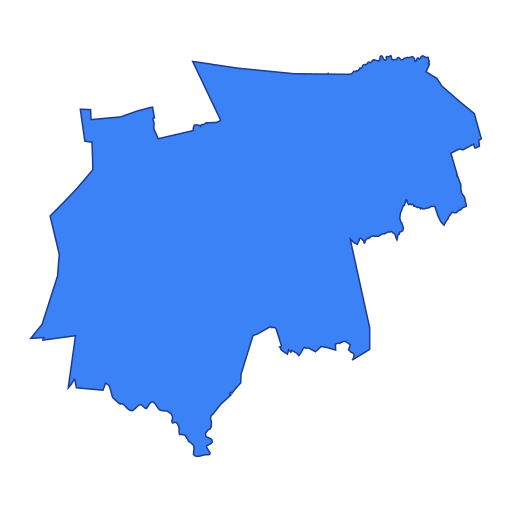 outline of Rayón, San Luis Potosí, Mexico
{"feature_id": "50627088B63046987106360", "entity_name": "Rayón", "entity_type": "district", "adm_level": 2, "iso_a3": "MEX", "parent_name": "Mexico", "parent_adm1": "San Luis Potosí", "projection": "natural_earth1", "projection_center": [-99.555, 21.802], "detail": "fine", "context": "isolated", "style": "filled", "palette": "blue", "viewbox_px": 512, "rotation_deg": 0, "n_neighbors": 0, "source": "geoboundaries", "source_scale": "gbopen_adm2", "svg_char_len": 5949}
<svg xmlns="http://www.w3.org/2000/svg" viewBox="0 0 512 512"><path d="M426.1,71.8L429.4,64.3L429.2,63.6L428.5,63.7L428.5,63.2L429.4,60.9L428.6,60.0L428.2,59.4L428.3,57.5L427.9,57.3L427.1,57.3L426.7,57.6L425.9,57.7L425.2,57.0L423.5,56.3L422.9,55.8L422.0,56.1L420.7,57.2L420.3,58.3L419.2,59.1L418.5,58.7L418.1,58.0L417.4,58.1L417.0,58.8L416.5,60.6L416.1,60.8L415.7,61.2L414.9,61.3L414.7,60.6L414.5,58.6L413.9,58.2L413.5,57.5L412.9,56.9L412.3,56.6L410.4,57.2L409.6,57.6L408.6,57.6L407.3,57.4L405.0,58.2L404.3,58.2L403.8,58.8L402.9,59.5L402.0,59.8L401.1,59.7L400.2,59.0L399.4,58.0L398.9,57.6L398.1,57.6L397.6,57.8L396.8,59.2L396.1,59.5L392.6,59.9L391.9,59.2L391.6,58.2L391.3,56.6L390.9,55.7L390.4,55.7L389.7,56.3L388.7,56.7L386.4,56.6L386.1,57.5L386.5,58.5L386.3,59.7L386.0,60.1L385.2,60.3L384.3,59.8L383.8,59.2L383.4,58.9L382.5,56.7L382.1,56.3L381.7,55.9L380.9,55.9L380.2,56.4L380.2,57.6L380.1,58.4L379.6,59.1L379.6,60.0L379.2,60.7L378.2,60.8L375.9,60.3L374.9,60.2L374.1,59.7L373.3,59.9L372.4,60.5L371.5,62.0L370.7,62.4L369.9,62.4L368.8,62.1L368.0,62.3L367.5,63.5L366.5,64.2L365.8,64.5L363.9,64.7L363.3,65.0L362.7,65.6L362.3,66.7L361.6,67.8L360.5,68.3L359.9,68.0L359.6,68.3L359.5,69.3L358.7,69.7L358.5,70.3L357.5,71.0L356.4,70.7L355.9,71.3L355.3,71.6L354.0,71.2L351.6,73.9L348.9,74.3L328.5,74.1L328.1,73.4L327.4,74.1L293.8,73.7L237.3,68.1L215.3,64.8L213.0,64.7L212.7,64.6L212.6,64.4L211.7,64.2L197.4,62.1L192.7,61.5L220.6,120.1L219.3,121.2L216.5,122.4L207.2,122.8L207.2,123.1L206.0,122.8L203.8,124.5L202.2,124.6L200.8,125.2L200.5,125.5L200.4,126.2L199.7,125.5L196.3,124.8L194.3,125.1L194.3,125.5L193.5,127.1L193.2,128.8L193.3,129.7L193.1,130.6L158.2,138.7L153.7,128.5L154.1,123.1L152.7,118.3L154.5,117.8L153.4,112.3L152.6,107.1L149.5,107.7L137.5,110.9L120.6,116.9L91.0,119.6L90.6,109.6L80.3,109.2L84.8,141.1L89.2,141.9L92.0,142.1L92.9,169.7L76.9,188.5L61.8,204.3L50.1,216.0L59.3,254.4L57.5,276.1L42.1,324.3L30.7,338.4L43.6,337.6L42.9,340.1L75.5,335.7L68.2,387.8L71.4,384.1L74.2,379.3L74.7,379.2L76.4,387.8L103.0,390.2L105.6,383.1L108.1,384.7L108.5,385.1L109.6,386.8L112.6,397.5L118.6,403.1L118.8,403.1L120.2,404.1L121.3,403.6L122.0,403.8L123.9,404.7L125.5,406.2L125.9,407.0L128.7,409.6L131.1,410.6L132.5,410.7L135.4,408.4L137.6,406.1L138.4,405.6L139.1,404.9L140.9,404.6L142.4,405.7L144.9,408.0L145.6,408.4L146.4,408.5L147.4,407.2L149.5,403.9L150.5,402.7L151.6,402.0L153.0,401.9L155.0,403.6L158.4,408.5L159.1,409.4L160.0,410.1L161.8,410.6L164.6,410.9L165.7,410.9L167.1,411.1L170.3,413.2L171.1,413.9L172.5,416.4L172.6,416.9L172.2,419.7L171.7,420.9L172.0,421.4L172.0,421.9L172.3,422.8L172.7,423.0L175.0,422.3L176.1,422.6L177.1,423.3L177.8,424.6L178.6,426.4L179.0,427.7L179.2,433.7L179.8,434.6L181.4,434.5L183.9,434.9L184.8,435.2L185.4,435.6L186.9,438.4L187.4,438.9L187.9,440.1L189.1,441.8L190.7,442.6L193.3,445.1L193.6,445.7L193.9,446.6L194.0,448.6L193.4,454.2L193.7,454.6L194.9,455.8L196.5,456.3L199.6,456.2L200.7,455.9L202.8,455.2L203.8,455.1L205.5,454.7L207.3,454.8L209.3,454.6L209.9,454.0L210.1,453.1L209.7,452.2L208.4,450.2L206.5,447.0L206.7,446.1L207.3,445.4L209.2,444.6L211.5,443.2L212.3,441.9L212.1,441.2L212.0,440.3L211.7,439.5L210.8,438.8L207.8,437.4L206.4,436.9L205.7,436.0L205.6,433.1L208.1,429.9L210.4,428.7L211.3,426.4L211.4,424.7L211.3,423.3L211.5,422.5L211.3,421.1L210.9,420.3L210.6,418.6L210.7,417.4L211.0,416.0L211.4,415.3L212.9,414.2L221.1,403.9L230.9,395.0L229.8,394.6L229.7,393.5L231.1,392.4L232.0,393.2L235.0,389.3L240.7,382.9L241.0,374.4L252.9,335.9L253.0,335.5L257.2,334.1L269.8,327.0L271.0,326.9L271.5,327.6L273.9,327.4L275.2,327.8L276.0,328.6L281.4,345.6L281.1,346.4L280.6,346.6L280.4,347.1L279.8,347.1L280.1,347.4L281.0,349.6L282.5,350.9L285.1,352.7L287.4,354.2L287.9,352.6L288.6,349.7L290.8,352.2L291.9,350.5L296.8,353.2L298.8,355.6L301.1,352.6L303.0,348.9L304.6,347.4L305.4,347.6L306.0,348.3L308.1,347.8L315.4,351.7L321.3,346.5L327.4,347.6L335.7,350.1L335.4,344.2L338.3,343.0L339.6,343.4L340.6,342.9L341.0,342.3L342.0,342.2L342.7,341.6L345.5,341.5L347.0,342.4L350.3,344.9L348.5,349.7L350.2,351.3L351.0,352.3L352.6,352.8L353.9,354.1L354.1,354.7L353.5,358.2L352.1,360.1L369.7,349.4L369.7,327.9L350.2,239.0L354.1,242.9L355.4,243.4L356.9,244.2L357.3,244.3L357.8,242.9L359.1,240.7L359.4,239.2L359.9,238.3L361.0,238.4L361.9,239.0L362.6,240.2L363.5,240.4L364.2,243.1L364.9,242.7L365.3,240.7L366.2,239.6L366.5,239.1L367.5,238.5L369.0,238.4L369.2,238.2L370.1,237.4L370.8,236.4L371.9,236.5L373.6,235.8L374.4,236.3L375.6,236.2L376.5,236.3L377.1,236.2L378.0,236.3L379.5,235.8L380.0,235.1L380.6,234.7L382.2,234.1L383.0,233.8L383.3,233.9L383.8,233.7L384.2,233.9L384.4,233.9L388.1,231.9L389.5,232.1L391.4,231.5L392.7,232.6L394.7,233.8L396.6,239.4L396.9,239.9L397.8,235.9L397.9,234.6L399.2,234.3L399.4,234.0L399.4,233.2L399.3,232.4L400.1,232.1L400.9,231.7L401.4,231.6L402.7,230.7L402.9,230.3L403.0,229.2L403.5,228.3L401.6,222.6L400.7,221.7L399.8,218.1L400.2,214.6L400.6,212.6L401.6,210.6L401.9,209.3L402.9,206.8L403.1,205.9L404.3,205.4L404.6,204.8L404.9,203.3L405.2,202.7L405.3,201.9L406.2,199.8L406.8,200.2L407.2,200.9L407.2,202.3L408.6,204.6L408.8,204.6L410.2,204.2L411.3,204.7L412.7,204.5L413.7,204.8L413.9,205.1L413.7,205.9L413.9,206.2L416.0,206.6L417.3,207.5L418.1,207.5L418.6,207.2L419.2,207.4L419.9,207.9L420.5,208.8L421.4,207.9L422.3,208.8L423.9,208.9L429.1,207.7L431.2,206.4L434.8,206.4L437.9,215.7L440.7,221.6L444.0,225.2L445.9,221.5L448.0,218.7L448.6,216.8L450.7,214.2L451.6,212.4L456.1,212.8L457.6,211.6L459.0,210.3L460.8,209.8L462.5,207.8L466.3,206.3L466.3,204.7L465.4,202.0L464.7,197.6L462.9,194.8L461.8,193.6L460.9,189.4L460.8,184.2L459.7,181.9L457.9,176.7L456.6,175.9L456.6,175.5L456.7,175.4L457.3,175.0L450.9,153.2L459.5,148.9L462.9,149.9L473.7,144.1L473.9,144.5L474.2,146.6L474.6,147.4L474.9,147.9L476.0,148.1L477.4,147.0L478.0,146.7L479.2,146.5L479.4,146.2L479.1,142.9L478.9,142.1L478.9,140.3L481.3,138.7L474.3,113.6L459.2,101.2L441.9,86.1L436.9,78.4L426.1,71.8Z" fill="#3b82f6" stroke="#1e3a8a" stroke-width="1.5"/></svg>